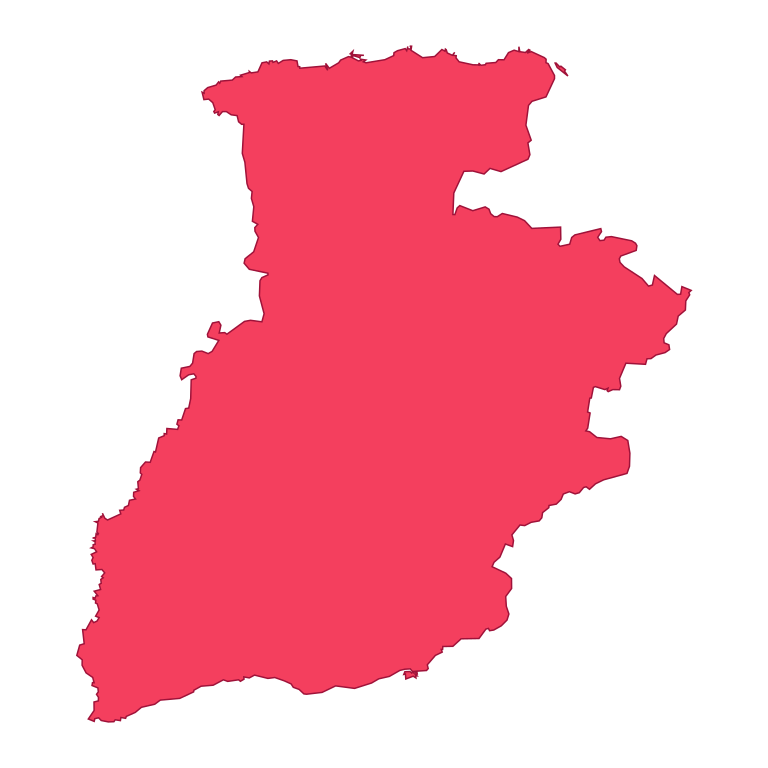 Lamongan, Jawa Timur, Indonesia
{"feature_id": "22746128B62762388436916", "entity_name": "Lamongan", "entity_type": "district", "adm_level": 2, "iso_a3": "IDN", "parent_name": "Indonesia", "parent_adm1": "Jawa Timur", "projection": "albers", "projection_center": [112.288, -7.123], "detail": "fine", "context": "isolated", "style": "filled", "palette": "rose", "viewbox_px": 768, "rotation_deg": 0, "n_neighbors": 0, "source": "geoboundaries", "source_scale": "gbopen_adm2", "svg_char_len": 5948}
<svg xmlns="http://www.w3.org/2000/svg" viewBox="0 0 768 768"><path d="M88.3,719.0L94.2,721.4L94.8,718.7L98.6,717.8L101.2,720.5L108.3,721.9L113.9,721.7L115.2,719.8L120.4,720.6L120.9,717.5L125.6,718.3L126.3,716.4L135.3,712.4L141.4,707.3L154.8,704.2L160.3,700.1L179.7,698.4L193.6,691.9L193.9,690.2L201.1,686.2L213.2,685.2L223.4,679.8L227.7,681.4L238.6,679.8L240.4,681.3L244.0,679.2L243.8,676.9L249.3,677.9L254.5,675.1L267.9,678.4L274.8,677.5L284.2,680.8L291.1,683.9L293.3,687.3L299.1,689.4L303.9,693.9L306.6,694.2L322.1,692.4L335.6,685.9L354.6,688.4L371.6,683.0L378.8,678.8L389.4,676.4L399.9,670.4L404.9,669.2L410.3,668.9L412.7,671.7L411.8,673.1L409.9,671.5L404.9,671.7L403.8,674.4L405.4,674.0L405.8,679.0L413.2,676.2L415.9,677.9L415.6,676.0L417.1,675.9L415.5,674.5L417.3,674.1L417.0,672.5L413.9,673.1L413.4,671.4L426.5,670.5L428.2,668.6L427.3,664.8L435.4,655.4L442.2,652.1L441.3,649.4L442.6,649.4L442.8,646.5L452.9,646.3L461.1,638.8L479.0,638.5L485.9,629.1L488.4,628.4L489.6,630.7L493.8,630.0L501.3,625.8L507.0,620.1L508.9,614.0L506.3,606.3L505.7,596.5L511.6,588.5L511.5,578.5L505.8,573.2L492.1,566.7L494.0,562.3L499.9,557.1L505.4,544.0L512.6,546.6L513.5,540.6L511.9,534.9L520.0,525.0L524.7,525.6L531.2,522.3L539.2,520.9L541.8,517.8L542.6,512.6L548.8,507.7L549.0,505.5L556.3,504.1L561.1,499.4L563.3,494.0L569.4,491.7L575.1,493.9L579.3,492.7L583.6,487.5L586.2,486.8L589.5,489.3L595.5,483.8L603.7,479.8L627.0,473.4L629.5,466.3L629.9,453.2L627.8,440.5L621.2,436.4L610.5,438.8L596.9,437.5L589.6,431.7L585.8,430.9L587.7,428.2L590.1,413.0L587.6,412.0L589.8,398.2L591.3,398.0L593.4,387.4L595.3,386.6L604.9,389.6L608.0,388.2L607.1,390.6L608.2,391.6L612.8,389.6L619.5,389.7L620.8,386.2L619.5,378.4L625.9,363.2L645.5,364.3L647.0,358.8L651.0,358.6L656.0,355.0L665.1,352.6L669.6,349.5L668.9,344.8L664.1,342.8L663.7,338.5L666.3,333.6L676.5,324.1L678.2,316.1L685.4,310.0L685.8,300.9L689.7,294.8L688.8,292.6L691.2,290.4L681.9,286.6L680.6,294.2L677.4,294.4L654.5,275.5L652.4,285.0L648.5,286.1L642.0,278.5L624.1,266.8L620.0,262.4L619.3,258.8L620.8,256.0L636.2,250.4L636.9,245.7L635.5,243.2L631.7,240.8L611.4,236.6L605.9,237.2L604.0,240.2L599.9,240.6L597.7,237.3L601.5,231.6L600.8,228.6L574.9,234.9L571.7,237.5L569.7,244.2L560.0,246.3L558.0,244.2L560.8,239.3L560.6,227.1L531.8,228.4L524.6,220.7L517.3,217.1L502.3,213.5L497.3,216.7L494.1,216.6L490.7,213.7L489.0,209.2L485.2,206.9L472.8,210.7L459.8,205.6L457.2,207.9L454.9,214.6L452.9,214.5L453.8,193.0L463.9,171.3L472.8,171.0L484.1,174.0L490.0,168.4L501.0,171.6L528.0,159.2L529.9,154.7L527.9,142.9L531.2,140.2L525.9,125.2L528.5,105.4L532.0,101.3L546.0,96.9L554.5,78.7L554.5,75.5L548.1,63.6L546.0,62.7L546.1,59.2L544.3,57.6L531.3,51.6L527.1,53.1L529.9,50.2L528.7,49.5L525.4,52.5L519.8,51.7L518.9,46.7L518.9,51.6L514.1,50.2L508.5,52.6L504.0,59.8L498.4,59.7L495.8,62.5L486.1,63.3L485.4,64.7L481.0,65.3L479.6,64.1L479.0,65.9L479.2,62.9L478.6,64.9L473.0,64.8L459.1,61.8L456.0,57.9L456.2,55.7L452.8,55.3L454.7,52.3L452.4,55.3L447.3,53.0L446.2,49.7L445.4,49.1L445.0,51.2L441.9,49.5L434.7,56.5L422.6,57.7L411.0,50.3L411.6,46.2L409.7,46.1L411.0,46.5L410.4,49.1L407.6,48.7L407.8,46.5L406.7,50.7L405.2,48.6L397.5,50.7L394.0,52.7L393.7,55.6L384.9,59.7L366.0,62.8L363.3,61.8L365.8,60.0L360.5,59.2L361.1,60.4L358.4,60.9L352.4,57.8L353.0,55.5L359.9,57.6L360.7,55.3L363.9,55.3L353.2,54.6L351.4,57.3L352.9,51.2L350.2,53.8L351.6,54.4L351.0,57.2L348.5,56.6L340.6,60.1L338.7,62.8L329.3,68.3L325.6,63.4L327.7,70.3L324.8,66.0L299.8,68.2L299.7,66.7L298.0,66.5L297.0,60.9L290.8,59.7L283.2,60.4L278.3,63.4L276.6,60.9L273.0,62.4L272.5,60.9L269.4,61.1L268.9,63.9L266.7,61.9L262.0,62.8L257.9,71.9L251.2,72.9L249.3,71.4L249.5,72.5L240.5,75.2L241.9,76.6L235.6,77.0L232.3,80.1L220.7,81.1L219.7,83.2L218.6,81.9L216.1,85.1L207.7,87.6L204.1,90.7L204.1,93.2L202.1,92.2L203.9,99.6L208.7,99.1L212.8,102.7L215.2,109.7L213.8,111.5L214.6,113.1L218.3,111.8L217.8,114.5L219.1,115.5L222.5,111.6L226.4,111.6L231.2,114.8L237.1,115.6L238.6,121.8L241.6,124.3L243.9,124.3L242.3,153.4L244.9,162.3L247.0,183.6L248.5,188.3L252.1,191.5L251.4,198.4L253.8,206.7L252.4,221.3L257.8,224.3L254.8,227.6L255.0,231.3L258.5,237.5L253.7,251.8L245.1,258.7L244.1,263.2L249.3,269.3L267.9,273.2L268.0,274.9L261.9,277.6L260.0,280.7L259.4,295.9L264.1,313.7L261.9,321.8L250.5,320.3L244.5,321.4L226.9,334.2L224.7,332.6L219.2,333.0L220.9,325.2L218.8,321.7L212.5,323.0L207.4,334.3L207.9,336.9L218.8,340.4L212.1,351.4L208.2,353.6L201.9,351.1L196.6,351.5L194.1,353.6L192.6,363.1L189.9,366.4L181.3,368.2L180.1,375.8L181.7,379.7L188.7,374.8L193.8,373.8L196.0,376.4L195.9,378.2L191.2,379.8L190.7,398.6L188.7,408.1L185.5,408.6L181.7,420.0L178.1,419.8L176.9,424.2L178.9,425.8L177.6,429.4L166.9,428.5L166.6,434.0L164.2,433.6L164.2,435.7L158.7,438.0L155.5,452.0L154.0,451.5L150.2,462.3L145.5,462.0L140.6,467.6L140.3,472.9L141.8,474.3L139.9,480.1L137.8,481.7L138.4,488.7L136.4,489.2L138.9,490.7L133.7,492.3L133.5,496.4L135.5,499.0L129.5,500.3L128.4,505.5L124.5,507.3L123.7,510.0L119.7,510.3L120.8,513.9L107.5,520.0L104.8,518.2L102.4,513.2L103.3,515.5L100.8,516.5L101.5,517.3L99.1,518.5L98.4,521.3L95.3,521.7L97.9,523.0L96.9,532.1L98.4,533.6L97.8,534.7L96.1,533.7L95.7,537.3L92.6,538.1L95.2,538.0L95.4,540.7L93.5,540.9L95.1,541.7L95.1,544.3L93.2,544.7L93.1,546.9L91.2,547.9L94.5,548.7L96.6,551.8L91.2,554.4L93.1,557.5L91.8,560.3L93.1,564.0L95.2,563.7L96.0,569.9L101.9,569.5L104.7,572.9L101.6,576.5L103.2,577.8L100.8,579.4L101.2,583.3L99.2,584.5L100.6,589.5L94.2,591.2L97.8,595.7L95.9,595.9L95.1,598.1L93.1,597.5L93.1,599.1L95.8,600.2L95.5,603.0L97.3,603.9L99.1,610.0L95.6,616.2L99.1,617.6L97.0,621.1L93.7,622.6L91.5,619.8L86.0,629.8L82.6,629.6L84.2,643.7L79.7,645.1L76.8,655.4L82.2,659.8L82.1,665.3L86.1,672.9L92.7,677.4L94.1,682.7L92.5,682.6L92.0,685.5L97.9,687.9L98.3,691.9L96.5,694.3L98.5,697.4L98.3,700.9L94.0,702.0L94.1,710.5L88.3,719.0ZM567.9,76.0L564.5,71.1L565.4,69.8L560.9,66.2L559.8,66.9L556.0,63.0L555.1,63.1L557.2,67.5L567.9,76.0Z" fill="#f43f5e" stroke="#9f1239" stroke-width="1.5"/></svg>